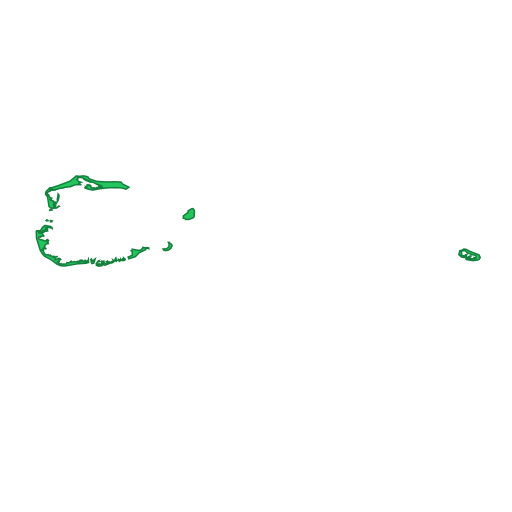 Cocos Islands, Australia (Equal Earth projection), rotated 101°
{"feature_id": "25037944B17338277063313", "entity_name": "Cocos Islands", "entity_type": "district", "adm_level": 2, "iso_a3": "AUS", "parent_name": "Australia", "parent_adm1": "", "projection": "equal_earth", "projection_center": [96.875, -12.012], "detail": "fine", "context": "isolated", "style": "filled", "palette": "green", "viewbox_px": 512, "rotation_deg": 101, "n_neighbors": 0, "source": "geoboundaries", "source_scale": "gbopen_adm2", "svg_char_len": 6161}
<svg xmlns="http://www.w3.org/2000/svg" viewBox="0 0 512 512"><g transform="rotate(101 256 256)"><path d="M215.0,428.9L216.0,426.0L216.4,421.8L216.9,421.7L217.2,420.3L218.2,419.8L216.4,424.4L218.0,423.2L217.9,422.1L219.1,421.3L218.7,423.0L219.1,425.3L220.1,425.2L220.0,427.2L220.5,426.7L220.9,427.1L220.2,430.5L221.0,429.9L219.8,431.4L218.8,431.4L218.2,432.5L218.7,433.2L218.0,433.6L218.4,433.9L218.2,434.9L218.6,435.5L220.8,435.2L220.4,436.6L221.6,436.2L221.6,437.6L222.3,434.5L222.5,429.0L219.2,420.7L216.9,412.7L214.8,401.4L215.2,396.3L215.7,396.3L214.9,396.1L212.7,393.8L210.8,400.8L209.2,402.5L209.9,407.8L212.0,417.8L213.1,426.6L212.2,433.8L211.7,435.0L210.7,435.6L210.2,437.5L210.3,440.7L211.5,444.7L211.7,447.7L217.9,452.7L224.3,463.0L227.9,469.4L228.3,471.3L232.0,473.9L233.7,474.6L235.7,474.3L237.7,471.9L246.8,468.7L247.9,467.2L248.2,466.3L247.1,461.2L244.7,458.6L244.6,459.1L246.4,460.5L246.6,462.5L245.9,462.4L246.4,462.9L246.4,463.7L244.4,462.2L245.6,464.1L243.3,462.8L244.3,464.6L243.5,464.5L242.8,461.9L242.1,462.1L242.6,463.2L241.5,463.2L242.0,464.5L241.2,464.7L241.3,465.6L240.6,465.7L240.6,468.0L239.9,468.8L239.2,467.6L238.2,467.5L238.1,469.3L235.6,471.3L236.2,471.8L236.0,472.7L235.2,472.4L234.0,473.2L232.5,472.0L231.1,469.7L231.3,470.6L230.6,470.1L229.8,470.9L229.3,469.7L229.5,467.5L230.3,469.5L230.4,468.9L229.7,466.2L229.4,466.6L228.4,463.8L227.4,462.2L227.4,462.6L226.1,458.4L224.9,456.4L223.4,451.3L222.9,451.1L222.8,450.2L222.4,450.2L220.4,446.6L219.5,441.6L218.7,441.6L219.2,441.7L218.8,443.7L217.8,443.3L217.0,441.9L216.7,444.3L215.3,446.5L214.8,445.8L213.5,446.0L213.2,445.3L212.7,445.7L212.4,445.1L212.5,440.2L214.0,435.3L215.0,428.9ZM269.1,467.7L269.7,466.8L269.3,466.0L268.8,466.8L267.8,466.6L267.7,465.3L267.1,464.8L267.7,463.5L267.3,461.7L267.9,461.3L267.5,461.2L266.2,463.2L266.2,468.9L268.5,471.0L272.3,472.5L273.1,476.1L273.9,476.4L280.5,474.8L291.4,469.0L294.4,466.4L296.6,463.5L298.7,456.5L302.0,449.8L302.8,446.0L302.4,442.1L297.8,429.9L295.5,421.3L294.6,420.9L293.1,421.9L292.8,422.9L294.3,422.9L293.7,423.9L294.5,424.7L293.4,425.6L294.1,426.3L292.9,426.6L294.0,426.8L293.5,427.2L294.1,427.9L295.7,427.8L294.7,428.7L296.3,429.3L295.3,430.4L296.3,431.4L296.2,433.6L297.4,435.9L296.4,436.5L298.4,438.2L298.6,440.4L299.9,440.6L300.5,442.0L300.4,443.0L301.1,444.0L300.7,445.9L301.3,446.5L300.7,448.5L298.9,448.1L299.4,449.4L298.1,448.4L296.4,449.0L296.1,449.7L296.8,450.1L297.8,452.4L295.5,452.2L296.0,454.5L295.4,456.3L294.4,458.1L295.2,458.6L294.3,460.1L295.1,462.6L292.9,465.1L291.3,465.7L290.8,467.1L290.4,465.8L289.3,466.4L289.0,464.5L288.2,465.6L287.4,465.0L286.6,465.5L284.2,464.2L283.5,462.3L282.5,463.3L281.9,462.7L281.1,463.2L281.5,463.8L280.8,464.1L281.7,467.1L281.1,467.9L281.0,471.9L279.5,473.1L278.5,472.3L278.6,471.3L278.0,471.7L277.7,471.3L277.0,468.7L277.3,467.6L274.0,471.1L274.0,471.9L274.8,472.3L275.0,473.2L274.1,473.9L273.5,471.9L273.5,469.1L272.7,468.5L272.0,470.1L271.6,469.6L272.0,468.5L271.0,468.4L271.8,466.8L271.1,465.3L270.3,465.8L269.9,467.4L269.1,467.7ZM209.4,50.8L209.5,53.3L211.2,55.1L212.0,57.0L216.0,57.1L217.7,54.1L217.9,52.4L216.9,48.8L215.9,49.8L214.4,49.3L214.9,50.6L216.2,51.4L216.2,54.6L214.3,54.5L212.2,55.7L210.8,52.1L212.5,49.2L213.5,43.9L213.4,40.6L214.4,39.9L215.8,39.7L215.9,41.6L217.0,40.8L218.3,47.6L215.7,44.9L214.9,45.1L215.4,46.4L218.8,49.5L219.4,48.8L219.1,41.9L217.7,37.8L216.6,36.3L214.8,35.6L212.4,37.2L210.6,47.0L209.4,50.8ZM233.6,332.0L232.8,328.6L230.5,325.0L229.5,324.3L224.5,324.8L222.4,325.7L221.5,326.9L221.8,328.1L224.6,331.3L226.1,331.0L230.5,334.9L232.7,334.7L232.9,332.7L233.6,332.0ZM273.0,373.3L272.9,378.8L274.5,378.8L274.8,379.4L275.3,378.3L278.9,377.6L281.4,381.3L283.0,380.4L279.8,374.4L275.1,371.3L271.1,365.8L269.5,365.0L269.1,364.0L269.3,362.6L268.5,362.8L268.6,365.0L269.4,367.6L269.0,368.6L271.5,369.6L272.6,371.3L273.0,373.3ZM260.3,342.6L259.2,343.5L259.3,344.6L260.7,343.6L263.7,343.3L266.0,345.2L266.9,348.6L267.9,347.5L268.0,346.1L267.2,343.5L264.9,341.1L261.8,340.3L260.5,341.3L260.3,342.6ZM290.5,406.2L294.2,406.5L293.8,407.3L294.1,407.8L293.6,408.3L294.7,409.0L293.9,409.1L294.8,410.4L293.8,411.1L292.2,410.2L291.3,408.7L291.3,409.7L290.7,409.4L291.0,409.9L294.0,411.4L295.6,410.9L296.0,408.4L294.9,405.3L292.8,405.4L291.3,404.4L291.6,405.1L290.2,404.8L290.8,405.8L290.5,406.2ZM291.6,399.5L289.3,400.8L290.0,401.6L290.5,400.8L291.9,401.1L291.7,401.7L292.4,402.3L291.6,403.6L292.2,404.1L293.2,404.3L293.9,403.7L293.8,402.4L291.0,398.2L290.3,396.1L288.6,394.2L287.7,394.4L287.2,395.6L288.3,394.8L289.0,396.6L289.9,396.5L289.7,397.1L290.4,398.3L289.7,398.8L289.9,399.5L290.4,398.8L291.6,399.5ZM290.9,414.3L292.1,414.6L291.9,415.7L293.2,416.4L294.7,415.7L294.0,413.9L289.6,413.3L290.6,414.2L291.5,413.8L290.9,414.3ZM232.9,462.1L238.5,461.6L237.2,462.2L239.8,461.4L241.2,461.6L238.9,460.8L235.2,460.7L233.8,461.0L232.9,462.1ZM285.1,386.8L284.7,387.3L286.0,386.5L285.7,384.9L285.0,383.9L284.2,383.8L283.3,385.3L285.0,384.6L284.7,386.0L284.3,385.3L284.0,386.2L285.1,386.8ZM294.9,420.3L294.3,419.1L291.4,419.9L293.9,420.5L294.9,420.3ZM285.7,393.6L286.2,393.8L287.6,393.0L287.9,392.1L287.0,391.7L286.0,392.6L286.7,392.3L286.4,393.0L285.7,392.7L284.9,393.1L286.3,393.5L285.7,393.6ZM260.4,462.7L260.4,464.5L261.6,464.2L261.4,463.1L260.4,462.7ZM291.4,416.8L291.1,416.4L290.3,416.9L291.0,417.5L292.8,416.8L291.9,416.3L291.4,416.8ZM260.4,468.2L261.3,468.8L261.5,468.0L261.0,466.9L260.4,468.2ZM286.4,389.5L285.7,389.6L285.5,390.5L286.5,390.3L287.1,389.1L286.1,389.1L286.4,389.5ZM294.8,452.5L295.2,456.2L295.4,454.9L294.8,452.5ZM249.4,465.5L250.2,467.2L250.6,467.2L249.7,465.0L249.4,465.5ZM214.6,435.4L215.2,432.4L214.9,432.1L214.5,433.4L214.6,435.4ZM284.9,388.3L286.4,388.4L286.5,388.1L285.8,387.6L284.9,388.3ZM213.1,440.0L213.5,439.5L214.1,437.7L213.8,437.7L213.1,440.0ZM281.0,462.1L280.0,463.1L279.6,464.1L280.0,464.4L279.8,463.9L281.0,462.1ZM214.1,437.5L214.4,437.1L214.4,435.6L214.1,436.1L214.1,437.5ZM295.5,448.8L296.6,447.4L297.0,446.5L295.7,448.4L295.5,448.8ZM294.8,451.8L294.2,450.4L294.8,452.0L294.8,451.8ZM288.1,463.4L288.7,463.9L289.2,464.0L289.4,464.2L289.3,463.9L288.1,463.4Z" fill="#22c55e" stroke="#15803d" stroke-width="1.5"/></g></svg>